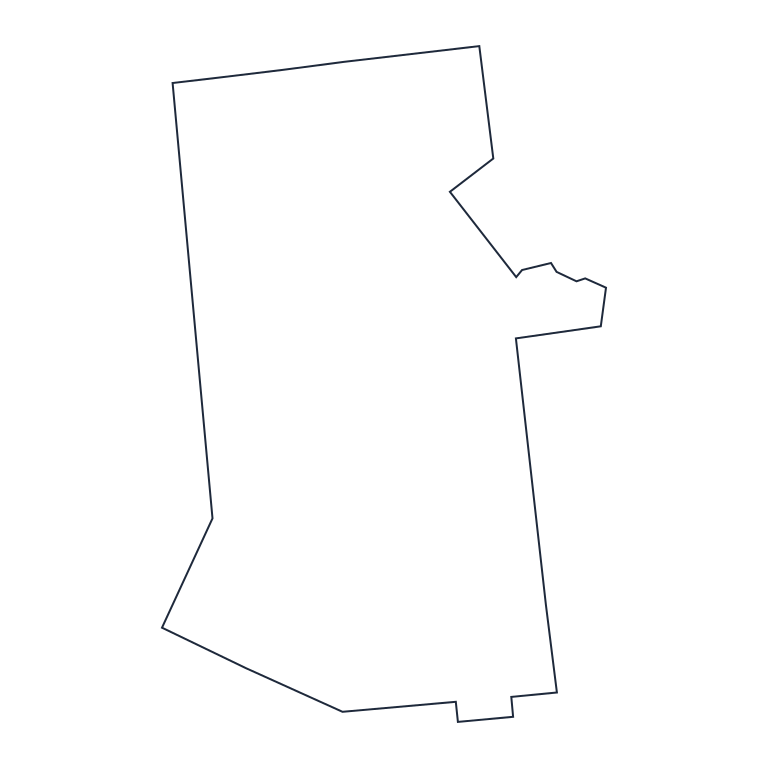 outline of Hamilton, New York, United States of America
{"feature_id": "52423323B65561543584618", "entity_name": "Hamilton", "entity_type": "district", "adm_level": 2, "iso_a3": "USA", "parent_name": "United States of America", "parent_adm1": "New York", "projection": "orthographic", "projection_center": [-74.36, 43.668], "detail": "fine", "context": "isolated", "style": "outline", "palette": "slate", "viewbox_px": 768, "rotation_deg": 0, "n_neighbors": 0, "source": "geoboundaries", "source_scale": "gbopen_adm2", "svg_char_len": 445}
<svg xmlns="http://www.w3.org/2000/svg" viewBox="0 0 768 768"><path d="M343.6,61.9L282.6,69.9L218.8,77.6L172.6,83.0L212.5,518.4L162.0,627.7L246.0,668.2L342.5,711.8L455.8,701.8L457.9,721.9L513.1,716.8L511.3,696.9L556.9,692.5L545.9,604.8L515.9,338.4L600.8,326.3L606.0,287.7L585.2,278.4L576.5,281.3L556.6,271.9L551.0,263.0L522.1,270.0L516.2,277.1L449.9,191.8L493.3,158.5L479.3,46.1L343.6,61.9Z" fill="none" stroke="#1e293b" stroke-width="2"/></svg>